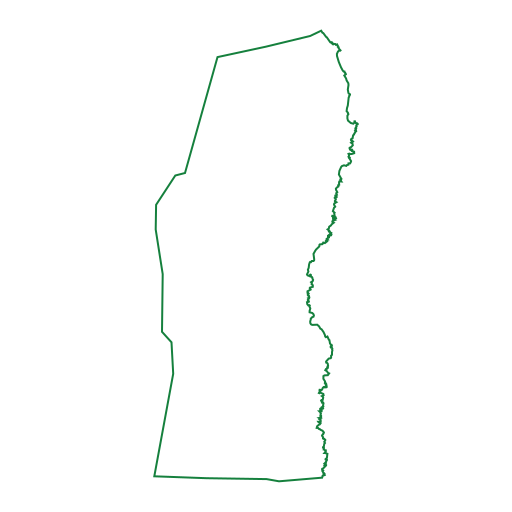 outline of Hamahamet-Mboinkou, Andjazîdja, Comoros
{"feature_id": "10938185B70444296254874", "entity_name": "Hamahamet-Mboinkou", "entity_type": "district", "adm_level": 2, "iso_a3": "COM", "parent_name": "Comoros", "parent_adm1": "Andjazîdja", "projection": "orthographic", "projection_center": [43.406, -11.482], "detail": "fine", "context": "isolated", "style": "outline", "palette": "green", "viewbox_px": 512, "rotation_deg": 0, "n_neighbors": 0, "source": "geoboundaries", "source_scale": "gbopen_adm2", "svg_char_len": 6073}
<svg xmlns="http://www.w3.org/2000/svg" viewBox="0 0 512 512"><path d="M322.9,477.6L322.2,477.5L322.6,475.8L324.5,475.1L323.7,474.2L324.5,473.8L324.0,473.1L323.5,473.0L322.4,471.1L323.1,470.6L322.1,469.6L322.2,468.8L323.1,468.5L326.1,465.4L326.1,465.2L324.7,465.2L325.2,464.5L324.3,463.7L324.8,463.2L325.7,463.5L326.0,462.9L325.6,462.3L326.9,460.2L326.9,459.8L325.6,459.5L325.5,459.2L326.9,457.9L327.4,453.8L326.1,453.4L325.9,453.0L324.5,453.0L325.8,451.4L325.8,450.4L325.0,450.4L324.4,449.6L323.7,449.5L323.9,447.9L323.0,447.6L323.1,447.0L323.9,446.3L324.2,444.0L325.0,443.0L324.3,442.0L324.3,441.6L325.2,440.6L325.3,439.9L324.3,438.9L323.5,438.9L323.0,438.5L323.1,437.3L322.0,435.7L322.2,435.1L323.2,434.2L323.2,433.5L323.9,432.8L323.9,432.4L322.5,430.7L320.5,429.8L319.8,429.1L319.0,429.0L318.1,428.0L316.7,427.9L317.1,426.3L318.9,424.7L319.8,424.4L320.6,423.2L318.5,422.1L318.3,421.8L320.3,421.8L320.7,421.3L320.5,420.8L320.7,420.2L319.5,419.3L320.2,418.8L319.0,418.0L320.5,417.7L320.1,417.4L321.1,416.8L321.1,415.8L320.4,415.5L320.9,413.4L320.5,413.1L320.4,412.4L319.3,411.3L321.6,411.2L321.7,410.0L320.2,409.5L320.2,408.7L320.9,408.3L322.4,408.6L323.1,408.5L323.2,408.2L322.9,407.7L321.5,407.9L321.5,407.4L323.3,406.2L323.0,405.6L323.5,403.3L323.3,402.8L322.6,402.8L322.8,402.2L322.4,401.9L321.8,402.0L321.1,400.5L321.6,400.0L322.7,399.9L323.2,397.6L322.9,396.9L321.9,396.1L323.6,395.3L323.3,393.9L320.1,392.6L319.8,392.6L319.4,393.2L318.9,393.0L319.6,391.7L320.6,390.8L319.5,390.1L319.6,389.8L321.6,390.0L322.1,389.5L322.8,387.9L323.7,387.0L324.1,386.9L324.6,387.3L325.3,386.7L325.9,387.4L326.6,387.2L326.7,386.1L325.6,384.3L326.2,384.0L325.6,383.0L324.9,382.9L325.1,381.5L323.4,378.8L323.4,376.1L324.4,375.4L327.8,375.2L329.1,373.4L328.0,372.9L326.9,371.2L325.3,370.2L326.0,369.0L326.9,368.8L327.0,368.1L327.9,367.8L327.9,367.2L327.4,367.0L327.5,366.4L328.1,365.8L327.7,363.6L327.2,363.0L326.2,362.6L326.1,361.5L328.7,358.6L330.7,358.2L331.1,357.7L331.1,355.7L332.0,354.8L332.0,352.0L332.4,350.3L332.1,349.5L332.4,348.8L331.7,347.3L330.9,347.5L330.6,347.0L330.7,346.4L331.9,345.7L331.6,344.9L331.1,344.9L330.0,343.5L329.4,340.1L328.8,339.7L327.6,336.9L327.4,336.5L325.9,337.2L325.2,336.5L324.9,335.0L323.5,332.0L321.6,329.3L320.3,328.6L319.1,326.4L317.2,324.7L312.2,324.9L311.0,324.3L310.3,323.1L310.2,321.4L310.8,319.3L310.8,318.5L311.3,318.2L312.1,317.2L313.5,316.7L313.9,315.4L313.4,314.1L312.3,313.0L309.6,312.3L309.6,310.9L310.3,308.4L309.5,306.7L309.8,305.5L309.2,305.1L308.3,305.4L307.3,304.2L307.0,302.2L308.8,301.8L308.9,301.5L308.3,300.3L307.9,300.3L307.8,299.9L308.8,298.7L308.2,298.1L309.3,297.5L309.0,296.0L308.4,295.9L307.8,295.1L307.8,294.5L308.7,293.7L308.2,293.0L307.8,293.3L307.5,293.0L307.5,291.3L310.6,289.6L309.7,288.1L310.0,287.6L312.8,286.8L312.8,285.2L311.6,284.2L311.9,283.0L311.1,282.2L312.7,281.1L313.1,279.9L312.4,278.5L312.3,277.5L311.9,277.0L310.1,276.4L310.1,275.9L310.9,275.6L310.8,274.8L310.3,274.6L309.1,275.9L308.6,275.8L307.5,275.3L307.0,274.4L308.4,271.5L307.9,269.8L308.7,267.8L309.1,264.4L309.8,262.3L310.2,261.9L311.0,262.1L311.8,261.0L313.5,261.0L314.1,260.4L314.2,259.3L313.5,253.9L315.1,251.0L316.0,249.6L319.3,246.4L319.4,244.9L319.8,244.4L322.2,244.2L322.7,243.3L323.2,243.3L323.4,242.6L324.9,243.1L326.9,241.5L325.9,240.9L326.2,240.5L327.9,239.8L327.6,239.5L326.6,239.7L326.6,238.9L329.0,237.4L329.0,236.8L328.7,236.4L328.0,236.4L328.0,235.8L328.8,235.7L328.9,235.0L329.2,234.8L329.6,235.7L331.1,235.3L331.5,234.3L331.3,233.9L330.4,234.0L330.2,233.7L331.0,232.8L330.3,232.5L330.1,232.0L329.2,231.8L328.9,231.5L329.3,230.8L327.6,229.4L328.8,228.6L329.2,226.7L330.9,225.5L331.7,224.3L333.6,222.8L332.6,222.4L332.3,221.7L332.5,221.1L334.8,220.1L334.1,219.8L334.3,219.2L334.0,218.9L333.1,219.1L333.0,218.1L333.7,217.9L335.2,218.5L336.0,218.3L335.6,217.2L333.4,216.9L332.2,216.2L332.3,215.8L334.7,216.0L334.2,213.3L334.6,212.7L332.9,211.2L334.0,207.8L335.2,206.7L334.1,204.8L334.0,204.2L334.4,203.4L336.4,202.2L334.9,201.3L334.9,200.8L335.8,199.6L335.8,199.1L334.7,197.9L335.0,197.5L336.0,197.4L336.7,197.0L336.6,196.6L335.3,196.1L335.3,195.5L336.9,194.8L336.2,193.2L337.3,192.2L336.0,189.8L335.9,188.6L337.1,187.3L338.4,186.5L338.1,185.3L339.2,184.8L339.0,182.8L339.5,181.4L341.3,181.5L341.0,181.1L340.1,180.9L341.0,180.1L341.3,179.2L340.5,179.1L340.9,178.1L338.9,174.5L339.4,170.9L341.2,166.9L341.9,166.1L344.0,165.3L346.3,165.9L346.9,165.1L348.4,164.7L348.5,163.4L350.1,163.4L350.9,161.9L351.1,161.1L349.7,158.9L349.8,157.8L348.9,157.8L348.5,156.6L349.0,156.0L349.0,154.8L348.5,153.9L349.3,153.6L350.4,154.1L351.7,154.0L354.2,153.2L354.1,151.7L351.8,151.0L351.6,150.5L352.2,149.9L352.0,149.6L350.7,149.5L350.3,149.8L350.0,149.6L349.5,148.1L349.6,147.8L351.2,147.0L352.8,145.3L352.4,143.2L351.7,143.2L351.1,142.7L353.0,141.5L352.4,140.9L351.1,140.4L351.0,140.0L351.4,139.8L351.2,139.2L351.4,138.8L352.6,138.3L353.1,135.3L354.1,134.5L354.2,133.6L355.1,132.6L355.1,132.0L356.2,131.2L356.0,130.4L355.3,130.2L355.8,129.5L355.4,128.9L356.1,128.4L355.7,127.7L356.6,126.6L356.2,125.9L356.7,124.8L357.7,124.3L357.7,123.8L356.8,123.1L355.8,123.1L355.4,122.7L355.0,121.3L354.5,121.3L354.3,122.8L353.3,123.7L350.8,123.0L348.0,120.6L347.4,118.4L347.4,115.7L348.4,114.1L347.9,113.4L347.9,112.6L346.6,111.2L347.0,108.1L347.8,105.5L348.7,97.4L349.2,96.7L349.1,96.0L350.0,94.8L350.0,94.3L348.7,93.5L348.4,92.8L347.8,89.6L348.5,85.0L348.3,83.2L346.6,80.4L346.1,78.5L344.3,75.5L345.9,74.2L345.8,73.9L345.2,73.4L345.2,72.7L344.4,72.1L344.4,71.5L343.4,71.3L342.6,70.3L341.0,67.3L338.8,62.0L337.0,56.0L336.9,53.9L338.0,51.5L339.1,50.6L340.2,50.7L340.5,50.4L338.7,48.4L338.7,47.3L337.8,46.9L337.8,45.5L337.2,45.2L337.0,44.4L335.8,44.8L335.2,44.0L333.9,43.9L333.1,44.4L332.6,44.0L332.8,43.4L332.2,42.7L331.9,43.3L331.3,42.9L331.3,42.2L330.2,42.2L326.8,37.3L326.1,36.9L323.3,33.1L322.4,32.7L321.2,30.7L310.1,36.0L265.8,46.7L217.5,57.1L185.0,173.0L175.3,175.5L156.1,204.8L155.7,229.5L162.7,274.1L162.0,331.8L171.5,342.3L173.2,373.8L154.3,476.3L206.6,478.2L266.6,479.1L279.0,481.3L322.9,477.6Z" fill="none" stroke="#15803d" stroke-width="2"/></svg>